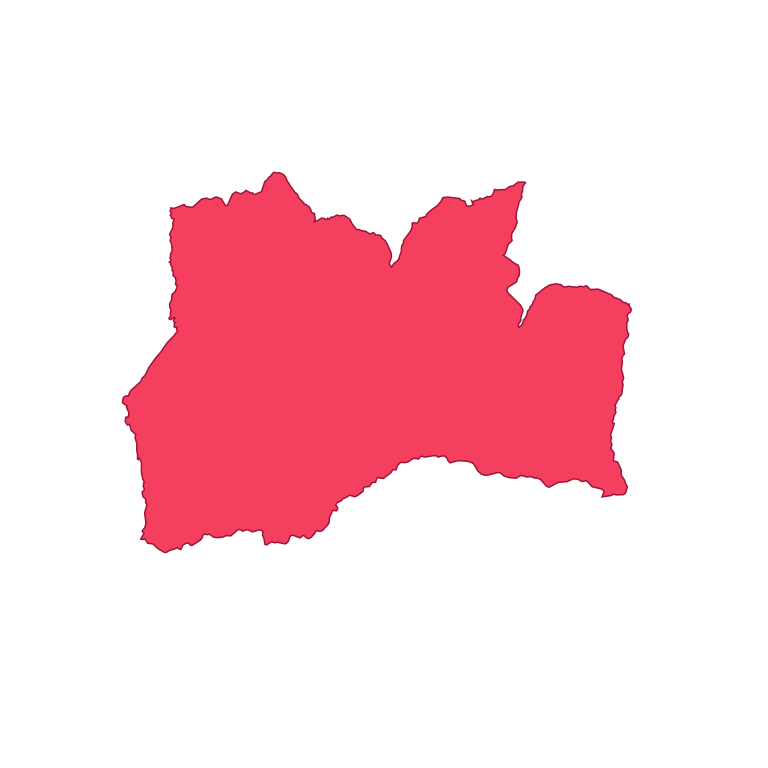 outline of Chaguarpamba, Loja, Ecuador, rotated 203°
{"feature_id": "8360857B56169079883124", "entity_name": "Chaguarpamba", "entity_type": "district", "adm_level": 2, "iso_a3": "ECU", "parent_name": "Ecuador", "parent_adm1": "Loja", "projection": "natural_earth1", "projection_center": [-79.675, -3.85], "detail": "fine", "context": "isolated", "style": "filled", "palette": "rose", "viewbox_px": 768, "rotation_deg": 203, "n_neighbors": 0, "source": "geoboundaries", "source_scale": "gbopen_adm2", "svg_char_len": 6171}
<svg xmlns="http://www.w3.org/2000/svg" viewBox="0 0 768 768"><g transform="rotate(203 384 384)"><path d="M608.7,252.4L607.4,248.1L604.2,246.0L602.4,247.3L598.5,242.5L592.9,240.5L592.1,237.2L588.2,232.6L585.8,226.6L583.1,222.4L581.7,218.7L580.9,218.4L580.6,220.4L576.4,216.7L573.0,208.2L568.7,201.9L566.8,200.7L565.8,195.9L563.3,193.4L563.3,192.1L564.3,190.9L564.4,189.8L561.8,186.1L558.4,184.9L557.0,181.7L555.0,179.9L554.0,171.9L548.9,163.1L548.0,158.7L549.1,154.4L548.5,153.5L546.5,152.8L547.4,146.2L546.1,146.2L543.4,148.0L539.3,145.1L534.1,146.5L528.4,144.3L520.9,143.2L519.0,143.5L515.9,147.5L512.6,150.0L510.3,152.6L507.8,152.0L506.4,152.3L506.1,157.6L503.4,160.4L501.7,161.2L499.0,159.9L497.3,160.8L492.1,168.5L491.4,170.6L491.5,174.6L490.5,175.9L487.9,176.2L486.2,177.5L481.2,176.5L478.1,177.1L472.9,179.8L469.9,182.8L465.6,184.4L461.9,192.2L460.7,193.3L458.8,193.8L456.7,193.2L453.2,196.5L447.0,196.6L441.9,201.1L439.4,201.4L437.7,200.6L436.8,197.4L434.2,195.0L431.0,189.9L429.2,189.9L426.0,194.7L422.7,195.1L420.0,196.7L412.9,198.1L411.5,199.2L410.5,202.1L411.0,206.1L410.5,208.0L408.9,209.2L401.0,209.6L399.7,212.4L398.8,213.2L394.6,211.9L392.6,212.4L391.1,214.6L389.4,219.4L389.2,222.5L385.6,223.2L383.5,224.8L380.6,233.0L380.4,234.9L382.0,239.4L381.8,247.1L380.6,248.3L378.5,248.4L377.7,250.2L378.3,252.0L381.2,253.9L381.1,255.9L377.5,260.3L377.0,262.5L374.7,264.5L372.2,268.2L367.5,268.7L366.2,269.3L364.0,272.3L361.4,277.0L362.2,279.6L361.9,281.5L357.4,283.9L356.5,288.6L353.4,290.3L353.8,294.4L353.0,295.3L347.8,296.7L343.0,305.0L342.4,308.6L340.0,309.3L339.3,310.1L339.8,314.3L338.0,318.5L334.8,319.4L331.5,321.6L327.9,327.1L322.9,328.5L321.9,332.0L317.5,332.8L310.8,337.2L307.9,338.3L305.5,337.9L302.5,340.4L300.1,341.4L296.9,340.3L294.9,338.2L292.3,337.2L286.1,342.3L276.7,345.6L272.4,345.9L270.1,345.4L263.5,340.5L259.7,339.2L255.9,339.3L252.5,340.9L244.7,346.9L241.9,347.7L237.8,346.2L232.4,346.7L225.5,348.9L222.2,353.5L216.4,354.2L212.2,356.3L208.6,356.3L205.8,357.4L202.3,357.1L194.5,353.4L191.8,353.4L185.1,361.6L177.4,365.6L172.9,370.5L168.5,372.1L163.6,371.6L160.5,373.8L157.4,373.2L152.3,370.7L143.4,372.3L140.1,371.8L139.4,370.3L139.2,365.3L131.5,370.0L129.6,372.3L126.8,372.7L120.4,375.7L119.4,377.1L119.1,379.5L119.9,384.7L122.2,386.3L125.6,389.9L130.0,392.8L132.2,397.7L138.6,403.5L142.5,402.9L143.2,403.5L144.7,409.3L145.8,410.8L150.1,413.3L150.6,417.5L153.1,419.9L153.5,423.2L155.6,425.7L156.5,437.6L158.5,437.7L159.1,438.3L159.1,441.4L159.9,444.6L159.4,448.5L160.8,450.0L161.4,452.9L162.9,454.5L162.6,459.8L162.0,461.7L162.7,463.3L161.2,467.2L161.4,468.3L163.8,477.1L165.4,478.7L165.8,483.3L171.3,490.4L173.2,497.7L174.9,499.7L175.2,504.0L174.3,505.5L178.9,512.5L179.1,519.7L177.8,522.1L178.0,524.2L178.2,525.5L180.6,527.4L182.4,530.3L184.5,535.7L184.1,538.0L186.9,541.9L186.6,544.2L185.3,546.4L185.3,549.3L189.1,552.0L189.7,553.3L190.4,552.5L193.1,553.3L196.0,552.7L199.8,554.0L206.6,553.7L209.6,555.0L224.0,555.0L231.0,551.6L236.0,553.6L238.1,551.6L242.0,550.5L244.2,548.3L252.5,546.0L256.0,543.5L260.2,544.6L265.0,543.3L270.3,539.7L273.4,535.6L279.0,525.2L278.2,520.7L279.0,517.8L278.3,515.6L279.6,512.4L279.3,509.4L280.3,507.5L279.5,503.6L279.6,500.1L280.6,497.6L280.0,493.6L281.0,490.3L282.1,488.8L283.7,491.6L282.8,495.3L284.2,499.4L284.6,505.4L285.5,506.9L289.0,509.8L305.1,516.2L307.5,517.7L307.6,521.6L302.3,529.0L302.0,530.5L302.5,534.7L301.9,535.8L303.0,540.2L305.5,544.3L306.9,545.7L313.1,546.4L317.2,547.8L324.4,549.0L323.6,550.8L323.5,552.9L324.2,561.3L322.1,566.0L323.6,568.1L325.2,572.3L324.3,578.7L324.6,585.0L327.1,588.1L328.9,592.5L330.7,604.3L330.0,609.7L331.6,612.0L331.9,616.0L333.3,619.7L332.5,624.8L334.5,624.4L339.4,622.2L342.9,616.5L345.4,615.1L348.1,610.6L356.1,606.6L358.3,606.3L357.9,601.9L358.4,598.9L360.0,597.6L362.0,597.0L366.0,592.4L368.2,592.7L369.2,590.3L372.0,588.2L373.0,586.6L374.9,586.9L371.9,583.9L374.2,581.5L377.4,580.2L381.2,583.9L384.8,583.2L385.4,583.9L387.6,584.1L398.6,580.9L402.6,578.6L402.9,574.4L404.2,570.0L409.2,561.2L411.0,557.0L411.1,554.4L416.2,550.3L415.7,547.7L416.8,544.3L419.5,544.3L420.9,543.1L419.3,539.4L419.3,535.0L422.1,523.7L421.2,521.5L421.6,518.4L421.0,515.5L419.9,513.0L419.3,503.5L421.9,499.0L422.7,494.6L426.1,496.5L426.8,504.2L429.0,507.8L436.8,515.0L438.9,516.4L443.1,517.5L444.8,519.3L446.7,519.3L449.5,517.9L452.9,519.3L455.4,516.6L460.7,517.4L464.7,516.3L467.6,516.4L469.5,515.4L475.6,518.7L479.9,522.4L486.2,523.6L488.3,523.0L490.0,521.6L493.4,521.1L496.1,517.6L497.9,517.0L498.7,514.4L500.6,514.7L500.8,513.2L501.6,512.6L503.3,513.1L506.4,512.3L509.1,508.1L511.8,506.4L511.5,508.5L514.6,513.7L517.9,513.6L519.6,516.0L522.6,518.1L524.0,518.0L525.5,518.7L527.7,518.3L528.3,519.3L534.6,521.7L538.4,525.1L540.4,525.4L547.2,529.4L553.1,533.6L555.5,536.2L558.6,537.6L563.2,537.6L564.9,536.3L567.7,536.0L568.6,535.0L568.8,533.5L569.4,533.1L569.3,531.5L570.8,529.3L571.1,526.8L572.8,523.9L572.0,513.1L577.1,507.9L578.2,507.6L579.6,508.6L580.9,507.8L586.8,508.2L587.8,505.9L590.2,503.1L595.7,502.8L597.7,499.3L597.9,487.6L599.5,486.1L606.0,490.9L611.3,490.7L613.2,489.2L614.7,486.8L617.8,485.6L619.8,485.8L624.1,483.0L629.2,471.9L635.2,470.0L638.2,471.1L644.6,464.7L647.1,463.0L648.9,463.1L648.3,459.3L646.3,458.1L646.6,455.6L645.4,455.2L644.2,453.5L641.6,453.9L641.2,449.0L639.9,447.2L639.5,443.9L639.9,438.4L638.8,436.8L637.3,436.1L636.9,432.3L634.4,430.1L630.9,423.6L631.4,421.0L630.0,416.1L628.4,415.2L629.2,412.1L627.6,412.1L627.0,410.6L624.1,407.9L623.5,405.6L621.9,405.2L620.5,401.3L617.9,400.6L615.8,397.9L614.7,394.0L612.8,393.6L612.3,391.6L612.4,387.6L614.1,383.4L612.4,378.2L612.6,373.7L611.3,371.1L608.8,368.7L608.4,365.7L607.1,363.4L607.6,361.1L607.3,360.0L606.3,359.7L605.1,360.3L603.4,363.2L602.7,363.4L602.1,362.8L602.6,361.2L602.4,359.7L600.1,358.7L600.7,357.6L600.0,356.7L599.7,354.7L598.4,354.4L596.7,355.1L596.2,353.0L594.4,351.6L595.5,349.7L596.1,346.6L599.8,337.1L601.8,326.8L604.4,318.5L606.9,307.4L607.3,298.9L609.0,294.7L608.9,291.1L614.8,278.5L614.8,272.9L616.8,272.3L618.4,270.2L618.6,268.9L617.7,265.3L616.9,264.4L612.0,263.4L612.0,262.0L607.8,258.1L606.4,254.1L608.7,252.4Z" fill="#f43f5e" stroke="#9f1239" stroke-width="1.5"/></g></svg>